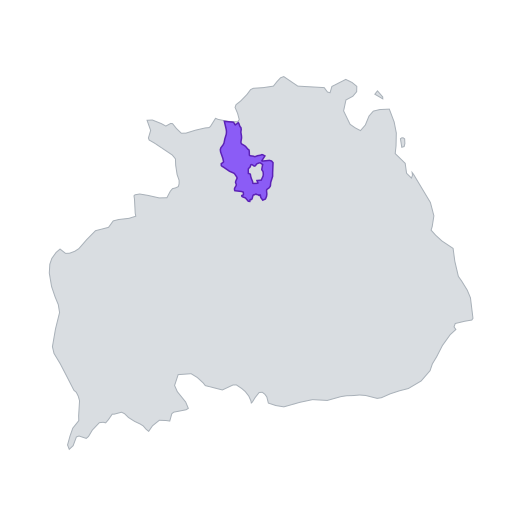 location of Kândal within Cambodia, rotated 175°
{"feature_id": "KHM-1786", "entity_name": "Kândal", "entity_type": "Province", "adm_level": 1, "iso_a3": "KHM", "parent_name": "Cambodia", "parent_adm1": "", "projection": "albers", "projection_center": [104.96, 11.392], "detail": "fine", "context": "in_parent", "style": "filled", "palette": "violet", "viewbox_px": 512, "rotation_deg": 175, "n_neighbors": 0, "source": "natural_earth", "source_scale": "10m", "svg_char_len": 5310}
<svg xmlns="http://www.w3.org/2000/svg" viewBox="0 0 512 512"><g transform="rotate(175 256 256)"><path d="M458.9,79.7L460.2,84.2L457.0,92.8L453.5,100.5L446.9,107.4L446.6,112.3L444.4,127.2L445.3,131.9L446.9,135.9L449.1,138.1L455.0,152.6L460.4,165.7L465.7,176.5L466.7,183.4L462.1,200.8L456.6,216.8L457.2,224.8L459.7,232.8L462.3,243.4L463.4,257.0L462.1,265.8L459.6,271.4L454.8,277.0L450.6,280.0L445.5,275.2L441.5,275.0L436.1,276.5L431.8,278.8L423.2,287.1L413.7,295.2L400.4,297.4L395.2,303.4L389.7,304.3L379.2,304.6L372.3,306.1L372.6,309.1L372.1,323.3L372.3,326.6L371.2,327.5L366.5,327.9L358.4,325.8L347.4,322.3L339.7,321.8L335.7,328.0L333.3,330.4L330.4,330.8L327.3,331.9L326.3,334.7L326.0,338.1L327.5,344.0L328.1,353.4L327.8,359.8L330.6,363.9L347.4,377.4L352.3,380.8L352.9,382.9L350.0,390.3L352.7,400.7L347.4,400.5L338.7,396.1L334.5,393.3L329.4,395.5L327.6,395.1L324.2,390.0L319.7,384.8L315.1,384.5L305.4,386.6L295.4,388.0L291.6,388.0L290.1,389.0L284.3,396.7L281.9,395.4L271.8,392.5L262.7,391.3L260.8,393.3L261.9,399.7L263.9,405.9L262.7,408.5L257.7,411.8L251.0,417.6L246.9,422.2L244.1,423.3L234.0,423.1L223.9,423.7L219.8,428.0L216.0,431.4L212.7,432.3L199.6,421.6L173.4,417.8L170.5,413.1L168.0,412.2L165.6,418.3L151.2,424.1L145.2,420.5L140.8,416.2L141.4,410.9L145.6,406.7L152.8,403.6L156.1,392.9L150.8,379.0L146.0,375.0L141.0,371.8L135.7,376.9L131.2,385.6L126.5,390.1L120.0,391.1L110.4,390.7L106.7,377.5L105.5,366.3L106.9,353.5L108.4,345.9L99.3,335.3L98.8,325.3L94.4,320.1L93.1,322.7L93.2,325.6L91.9,323.5L77.6,294.1L75.3,280.5L77.9,270.0L79.3,266.5L75.2,261.0L69.4,254.7L59.0,246.4L58.4,233.4L56.2,218.1L53.2,212.9L48.5,203.5L46.0,195.6L45.3,175.0L46.6,173.4L54.0,172.8L63.4,171.4L64.9,168.1L63.3,165.4L69.4,160.7L78.1,150.6L84.8,139.9L89.7,133.2L92.6,126.6L102.4,117.1L115.8,110.7L124.9,109.2L134.3,107.0L143.4,103.9L147.7,103.6L158.9,107.5L165.0,108.5L171.4,108.5L178.0,108.9L183.8,108.5L197.6,105.9L212.2,108.0L225.2,106.4L241.4,103.3L249.3,105.3L256.5,108.4L257.5,114.6L259.2,117.5L261.6,119.7L264.8,119.7L269.0,115.3L272.4,110.8L273.5,110.0L273.7,112.2L275.4,117.1L278.5,121.9L281.6,125.1L286.8,129.3L290.2,129.5L301.2,125.5L317.8,131.3L319.7,134.2L325.1,140.1L330.9,144.4L343.9,144.6L348.4,134.1L346.2,127.7L338.8,116.7L336.7,110.1L339.1,108.9L351.5,107.6L353.6,106.3L356.3,99.1L359.7,99.9L366.6,100.8L373.9,95.9L378.2,90.7L380.6,93.0L383.2,96.6L386.0,98.7L391.3,101.8L397.1,106.2L400.7,110.4L403.6,112.1L411.0,110.8L413.0,111.0L417.3,105.8L420.3,102.9L422.8,103.7L426.6,103.6L434.2,96.9L438.6,90.8L441.0,89.1L448.0,92.1L450.7,91.4L454.7,83.0L458.9,79.7ZM101.9,360.2L100.5,361.0L99.1,360.9L97.7,359.7L97.9,355.0L98.9,352.1L101.3,351.6L101.9,360.2ZM123.5,406.8L120.6,409.9L115.9,403.4L116.0,401.5L123.5,406.8Z" fill="#d9dde1" stroke="#a8b0b8" stroke-width="1"/><path d="M275.8,392.9L268.0,391.5L266.8,391.1L265.9,389.8L265.7,388.8L265.2,388.4L263.5,389.4L262.4,390.1L262.1,390.4L261.7,389.8L261.6,389.6L261.5,389.3L260.8,386.7L260.5,386.1L260.3,385.8L260.1,385.6L259.9,385.4L259.8,385.0L259.7,383.3L260.3,380.7L260.0,376.8L260.1,374.8L261.1,370.9L261.1,370.1L260.6,368.9L259.0,367.8L257.4,366.6L256.5,365.6L254.8,363.1L254.4,362.9L254.0,362.5L253.8,362.3L253.7,362.1L253.6,360.8L253.8,357.1L253.5,356.7L253.3,356.5L252.8,356.3L250.0,355.7L249.5,355.5L249.3,355.3L249.0,355.2L248.6,355.1L248.1,355.1L245.7,355.8L243.2,356.0L242.1,356.2L241.4,356.5L240.5,356.3L238.4,354.9L241.9,350.4L241.6,350.0L240.7,350.0L234.3,350.1L232.2,349.3L230.9,347.5L232.2,337.3L232.5,333.9L234.9,328.1L235.5,324.8L235.7,324.3L236.1,323.8L236.8,323.0L237.6,322.3L238.4,322.0L238.8,321.7L239.2,321.4L239.6,321.0L239.8,320.0L239.8,316.7L240.3,314.5L241.5,312.2L241.9,311.8L243.1,311.5L244.4,311.0L246.1,313.8L246.3,315.2L246.3,315.8L246.4,316.3L246.6,316.6L247.1,316.5L247.2,316.3L247.4,316.1L247.6,316.0L247.8,316.1L248.2,316.6L248.5,316.8L250.0,317.2L250.5,317.7L250.9,317.7L251.2,317.6L251.9,317.2L252.3,317.1L252.7,317.1L253.0,317.2L253.3,317.0L253.7,316.6L254.9,313.4L255.2,313.0L255.5,312.7L256.1,312.6L256.3,312.7L256.7,312.9L257.0,312.6L257.4,310.9L258.9,311.2L261.4,314.7L264.4,316.2L264.6,316.4L264.9,316.7L265.0,317.2L264.9,317.5L264.5,317.7L263.8,317.8L263.6,317.9L263.3,318.0L263.2,318.3L263.1,318.6L263.1,319.0L263.1,320.4L263.2,320.8L264.8,321.5L271.4,322.9L271.6,323.6L271.6,323.9L271.6,324.6L271.5,325.1L271.2,325.7L269.8,327.7L269.7,327.8L269.5,328.2L269.4,328.6L269.5,329.3L269.7,330.0L269.9,330.6L270.0,331.0L269.7,332.2L268.0,335.3L268.2,336.1L268.4,336.6L270.0,339.5L270.4,340.0L270.9,340.5L275.0,342.7L280.8,347.5L281.9,348.2L282.7,349.1L282.6,351.0L280.8,352.0L280.1,352.6L280.5,356.1L282.2,362.7L282.3,365.0L281.6,366.8L279.0,369.7L278.0,371.4L276.8,375.5L275.0,379.9L274.6,382.2L274.6,384.5L275.8,392.9ZM252.8,347.5L253.0,347.4L253.3,347.2L254.0,345.3L255.0,344.5L256.0,343.5L256.2,342.5L256.4,338.9L254.8,338.3L254.7,338.1L254.5,337.8L254.3,335.4L253.7,332.9L252.9,330.6L252.9,328.9L252.6,328.6L252.2,328.5L248.7,328.3L247.7,328.5L247.7,328.8L247.8,329.1L248.1,329.9L248.5,331.1L244.2,331.1L242.0,335.0L241.6,336.7L241.6,338.8L241.7,339.5L241.9,340.0L242.4,340.8L242.7,341.4L242.6,342.2L241.4,346.5L243.6,348.4L244.1,348.5L245.0,348.4L246.6,347.9L247.1,347.7L247.5,347.5L248.4,346.3L249.1,345.8L249.6,345.7L250.1,345.8L251.7,347.2L252.8,347.5Z" fill="#8b5cf6" stroke="#5b21b6" stroke-width="1.5"/></g></svg>